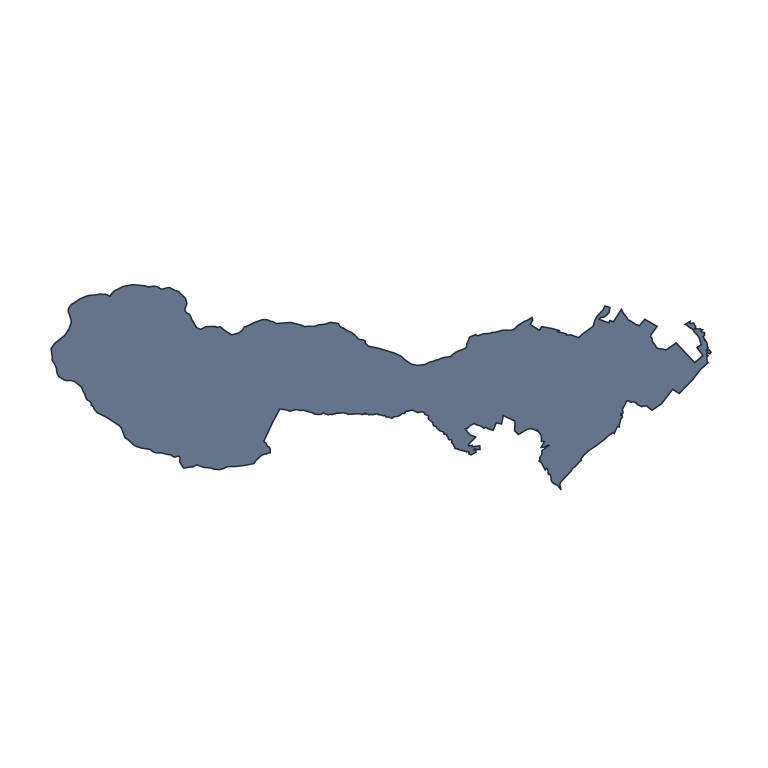 outline of Rusii-Munti, Mures, Romania, rotated 175°
{"feature_id": "2599482B16309524986841", "entity_name": "Rusii-Munti", "entity_type": "district", "adm_level": 2, "iso_a3": "ROU", "parent_name": "Romania", "parent_adm1": "Mures", "projection": "robinson", "projection_center": [24.869, 46.914], "detail": "fine", "context": "isolated", "style": "filled", "palette": "slate", "viewbox_px": 768, "rotation_deg": 175, "n_neighbors": 0, "source": "geoboundaries", "source_scale": "gbopen_adm2", "svg_char_len": 6114}
<svg xmlns="http://www.w3.org/2000/svg" viewBox="0 0 768 768"><g transform="rotate(175 384 384)"><path d="M691.7,486.7L692.1,485.5L692.2,483.4L691.1,479.7L690.1,474.2L690.2,472.4L693.0,466.4L697.9,460.2L708.8,452.9L712.6,448.2L712.1,439.5L712.6,436.7L709.8,431.3L709.0,428.2L709.0,425.0L708.5,422.6L707.3,419.7L701.8,415.6L700.3,415.0L695.5,414.8L693.7,414.2L691.4,412.8L686.4,408.1L685.5,407.0L684.8,404.1L682.9,399.7L682.1,395.7L681.2,394.1L678.4,392.2L677.0,390.1L677.7,388.5L675.5,386.6L675.3,385.1L672.2,380.4L663.7,375.3L651.3,365.6L649.4,362.7L646.8,353.3L645.8,352.1L644.1,351.1L638.7,345.0L636.1,343.3L630.8,341.2L623.0,339.3L619.6,336.3L617.9,335.6L616.1,335.1L611.9,334.8L605.6,332.6L602.7,332.1L599.7,329.6L598.8,329.4L596.0,330.0L594.3,329.8L593.6,328.4L594.3,324.1L591.0,317.7L581.2,318.2L577.7,319.8L570.5,316.5L563.8,315.5L561.0,314.0L555.6,313.0L552.7,313.3L547.2,315.3L538.1,314.7L528.9,315.1L520.6,316.1L517.1,320.0L512.4,323.5L508.9,324.7L506.9,324.5L505.8,325.2L503.3,325.4L503.1,329.4L503.7,331.0L505.7,332.5L506.6,335.3L508.7,337.1L508.7,337.5L497.9,356.1L489.9,368.2L482.9,366.5L480.3,365.1L473.5,366.2L469.3,364.8L466.8,364.9L457.6,361.5L456.0,360.2L451.7,359.3L449.3,359.3L446.6,360.5L445.9,359.7L441.9,358.1L440.0,358.6L438.5,358.0L435.4,358.5L433.7,359.3L432.6,358.9L427.0,358.8L423.2,357.6L422.6,356.9L412.6,356.6L409.8,356.1L408.9,355.5L407.2,355.6L405.6,356.6L404.9,356.4L405.3,356.0L405.2,355.6L403.0,355.5L401.5,354.4L400.1,354.9L398.2,354.4L392.8,354.9L392.1,353.9L388.8,353.1L387.6,352.3L386.0,352.7L384.9,350.9L382.7,350.9L379.1,349.0L378.2,349.4L377.4,350.5L373.5,350.5L370.5,351.5L368.5,353.1L366.2,352.9L364.2,355.2L362.4,354.7L360.0,355.5L357.5,355.5L356.3,354.8L355.9,354.0L354.4,353.6L353.0,352.5L349.8,353.0L347.6,352.7L346.2,351.4L345.9,350.1L342.5,348.4L342.3,347.8L343.0,346.2L342.0,344.4L338.7,341.2L338.7,339.2L338.2,338.1L335.9,337.0L335.1,335.4L332.1,332.3L329.1,331.1L328.5,328.7L326.0,328.2L325.9,326.9L324.9,325.7L324.9,324.2L324.2,322.9L321.6,322.4L321.3,321.1L321.8,320.2L321.1,318.7L320.1,318.0L320.1,316.3L319.3,315.5L318.9,313.4L316.5,313.0L315.8,312.7L315.9,312.3L307.8,309.4L307.6,309.0L305.7,309.2L305.3,308.2L305.5,306.9L303.3,305.8L298.2,308.2L299.0,309.7L298.6,309.9L300.3,311.1L299.8,311.5L297.2,310.6L294.0,310.4L294.0,314.1L301.7,313.8L301.6,315.3L304.7,315.0L305.4,315.6L305.1,316.4L297.2,323.1L303.0,326.0L307.0,332.2L304.7,332.6L301.5,335.3L297.4,336.8L295.9,335.5L291.3,333.8L288.3,331.1L286.9,332.2L284.3,330.4L279.4,328.3L275.5,335.5L270.4,333.9L267.9,342.1L256.7,335.6L258.0,326.0L254.4,321.9L248.2,325.1L244.0,326.8L240.0,326.4L235.8,323.9L235.3,324.8L232.1,319.6L231.9,315.8L232.3,313.2L229.1,312.6L233.1,307.1L230.1,307.2L224.4,309.0L232.5,303.7L232.8,300.6L233.4,299.3L235.2,297.2L235.5,296.3L235.1,295.1L236.4,293.8L234.0,291.7L230.9,284.3L229.9,285.8L228.9,285.7L227.9,282.1L228.4,281.7L228.1,279.6L227.1,279.9L225.7,277.5L225.9,273.6L225.2,271.8L223.8,270.2L220.0,267.9L216.8,263.1L217.6,268.2L216.8,270.6L205.3,280.9L203.6,283.4L200.3,285.4L196.3,289.4L194.1,290.6L194.3,291.7L193.7,293.0L190.2,296.5L185.6,299.9L178.5,303.7L169.8,309.2L164.7,313.1L160.1,315.6L159.0,314.5L155.3,321.1L153.2,320.7L153.2,322.6L151.6,326.8L151.6,327.7L149.3,330.2L149.5,332.2L151.0,332.2L150.9,333.5L149.6,333.4L148.4,334.3L148.3,335.6L148.9,337.5L143.5,346.2L140.7,345.6L140.3,344.4L137.2,344.5L135.8,344.0L134.8,343.1L134.1,343.2L133.4,341.3L132.6,341.2L129.2,338.9L127.6,339.5L123.8,339.1L122.9,337.8L119.2,334.5L109.2,340.1L97.0,353.5L90.8,348.8L76.1,361.4L67.5,370.9L59.3,376.9L60.2,379.1L60.0,382.6L58.6,384.0L59.9,385.2L59.9,386.8L59.0,386.9L56.8,385.5L55.4,387.1L56.9,389.6L57.9,389.6L59.1,388.7L59.9,388.9L59.7,389.8L58.3,391.1L57.8,392.0L58.7,392.9L58.5,395.8L59.3,398.5L61.1,400.0L61.2,400.3L60.5,400.6L62.2,403.2L60.4,404.5L60.3,407.4L62.8,408.0L63.6,409.1L62.0,410.3L63.2,410.5L64.0,411.5L65.9,411.3L67.6,412.0L69.6,411.7L69.3,413.2L68.4,414.0L69.5,415.7L69.7,416.9L70.5,417.8L73.6,417.5L73.9,418.3L73.7,419.8L78.8,417.2L77.5,416.5L74.8,413.6L72.2,412.0L71.0,410.5L70.4,409.0L66.3,403.6L64.6,395.5L69.1,393.1L63.8,384.5L72.6,378.2L89.4,399.5L100.0,393.3L102.5,394.4L107.1,395.2L109.6,396.7L110.1,398.6L112.6,402.4L113.0,404.4L112.9,405.9L114.2,407.9L114.0,409.2L113.3,410.2L106.9,417.6L118.6,425.8L124.5,419.8L126.7,421.1L127.1,420.7L132.6,425.1L135.5,426.9L136.1,428.8L139.3,433.5L141.0,437.7L150.1,426.0L153.3,427.6L154.8,425.4L164.1,429.7L163.6,430.5L161.9,431.4L159.3,431.4L157.9,431.9L156.1,433.2L154.6,434.9L153.8,435.1L152.2,440.5L156.9,442.5L159.4,438.7L165.7,433.1L167.6,430.4L169.1,427.5L170.0,424.5L171.1,423.0L181.4,416.8L186.2,413.2L193.6,416.7L198.0,416.8L197.8,418.0L206.2,420.9L204.8,422.0L211.7,424.6L221.8,427.4L224.6,424.0L233.0,430.5L230.2,434.7L230.7,437.4L236.3,434.7L238.4,434.4L246.1,430.3L249.2,427.5L252.7,426.5L261.0,427.3L268.8,425.8L271.9,426.0L274.0,425.2L280.4,425.4L286.3,423.9L287.6,424.5L288.4,425.4L294.8,423.1L295.4,421.1L298.3,416.5L298.3,414.4L299.3,413.1L300.9,412.1L309.4,409.6L316.0,405.4L321.9,405.2L325.4,404.5L327.6,403.5L330.5,403.3L332.1,402.5L337.2,401.7L341.0,399.9L348.8,399.6L354.8,401.3L360.0,405.3L364.5,410.2L370.5,413.7L386.4,420.1L396.3,423.1L399.2,426.6L398.9,427.9L399.2,428.7L401.3,429.9L405.6,430.9L408.7,435.3L412.0,438.2L416.2,440.6L419.3,443.1L422.1,444.5L423.3,445.8L424.2,448.0L426.0,448.8L429.8,449.4L431.4,450.1L438.0,448.7L443.4,448.7L448.3,447.5L455.4,448.2L457.6,447.9L460.9,449.7L471.7,453.5L486.0,453.6L489.4,456.0L491.2,456.2L494.7,458.2L498.9,458.8L507.4,456.7L515.9,453.3L518.1,453.0L520.7,449.7L524.3,447.5L531.5,446.2L538.0,451.2L542.0,455.2L545.8,455.0L547.2,456.1L556.1,456.7L562.1,454.4L565.7,456.5L569.8,464.9L571.0,469.1L571.9,470.5L574.5,472.1L575.3,473.2L575.8,474.6L575.7,476.2L573.3,481.2L574.4,487.0L578.5,491.2L580.5,494.1L583.9,495.3L589.6,499.0L597.5,497.8L601.1,500.4L603.6,501.4L606.6,501.6L609.9,501.1L614.0,502.7L625.7,504.9L635.4,503.9L644.3,500.3L647.9,497.4L649.2,495.3L653.2,497.6L657.3,497.9L658.2,498.4L665.4,497.8L670.2,498.0L673.8,497.2L679.7,495.1L688.7,490.3L691.7,486.7Z" fill="#64748b" stroke="#1e293b" stroke-width="1.5"/></g></svg>